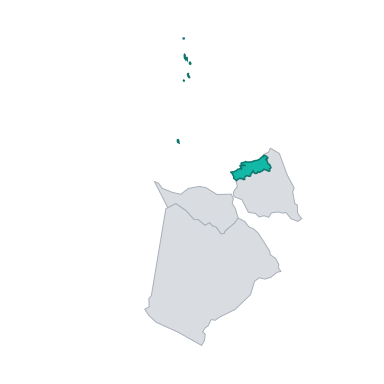 Portugal shown with its bordering countries, rotated 63°
{"feature_id": "PRT", "entity_name": "Portugal", "entity_type": "country or territory", "adm_level": 0, "iso_a3": "PRT", "parent_name": "Europe", "parent_adm1": "", "projection": "robinson", "projection_center": [-13.235, 37.393], "detail": "fine", "context": "with_neighbors", "style": "filled", "palette": "teal", "viewbox_px": 384, "rotation_deg": 63, "n_neighbors": 3, "source": "natural_earth", "source_scale": "50m", "svg_char_len": 4795}
<svg xmlns="http://www.w3.org/2000/svg" viewBox="0 0 384 384"><g transform="rotate(63 192 192)"><path d="M194.9,222.8L194.9,211.6L205.4,205.9L217.3,202.6L219.7,198.7L227.3,195.7L227.4,190.0L231.1,189.3L234.0,186.4L242.4,185.1L243.5,182.1L241.8,180.5L238.7,167.6L236.1,162.7L242.1,158.4L248.9,157.1L252.8,153.9L258.9,151.6L280.1,149.6L283.4,150.7L289.2,147.7L296.1,147.6L298.8,149.4L303.1,148.9L302.1,152.9L303.8,160.3L302.7,166.6L299.0,170.9L299.9,176.8L310.0,186.4L316.2,207.1L316.0,224.7L316.8,229.6L314.4,232.8L318.6,238.5L319.0,241.8L321.5,246.1L324.6,244.7L330.0,248.3L333.1,253.1L310.8,267.9L291.9,283.0L282.5,286.5L275.0,287.3L274.8,282.3L267.5,278.9L265.8,275.2L194.9,222.8Z" fill="#d9dde1" stroke="#a8b0b8" stroke-width="1"/><path d="M201.7,147.8L201.2,145.2L204.3,140.2L202.0,137.9L203.7,132.9L201.0,128.3L203.7,127.6L203.9,124.0L204.9,122.9L204.8,116.9L207.6,114.8L205.8,111.0L197.4,111.7L195.8,108.0L191.0,111.0L191.2,105.6L188.6,102.3L197.3,96.7L219.8,99.4L234.9,99.2L237.5,102.2L249.1,105.7L251.3,104.0L258.5,107.5L265.6,106.5L266.3,110.9L260.7,116.0L252.8,117.6L252.4,120.2L248.8,124.5L246.7,130.7L249.4,135.1L245.9,138.6L244.7,143.6L240.0,145.1L235.7,151.0L221.5,151.0L215.3,156.7L212.1,156.0L209.7,153.4L207.7,149.0L201.7,147.8Z" fill="#d9dde1" stroke="#a8b0b8" stroke-width="1"/><path d="M168.9,217.8L175.1,216.9L183.5,209.6L188.9,203.1L187.2,193.5L190.4,182.8L194.5,177.6L205.7,170.8L211.7,158.1L216.5,158.1L220.4,161.4L226.5,160.9L236.1,162.7L238.7,167.6L241.8,180.5L243.5,182.1L242.4,185.1L234.0,186.4L231.1,189.3L227.4,190.0L227.3,195.7L219.7,198.7L217.3,202.6L205.4,205.9L194.9,211.6L195.0,220.7L165.7,220.7L168.9,217.8Z" fill="#d9dde1" stroke="#a8b0b8" stroke-width="1"/><path d="M192.6,110.6L193.2,110.0L193.8,109.7L194.1,109.6L195.4,109.2L195.8,109.1L196.1,109.1L196.2,109.3L196.4,109.6L196.6,109.8L196.6,110.0L196.1,110.7L196.1,110.9L196.4,111.4L196.4,111.5L196.5,111.6L196.9,111.5L197.5,111.2L198.0,111.0L199.4,111.0L199.7,111.1L199.9,111.2L200.5,111.4L201.2,111.4L202.0,111.2L202.4,110.9L202.5,110.7L202.6,110.3L202.8,110.3L203.1,110.4L203.5,110.5L204.5,110.5L204.7,110.4L205.1,110.4L205.5,110.6L206.1,110.6L206.3,110.8L206.5,111.1L206.5,111.7L206.5,112.4L206.6,112.6L207.0,112.7L207.6,112.7L208.1,112.8L208.5,113.2L208.6,113.5L208.5,113.8L208.2,114.3L207.5,114.9L206.5,115.4L205.8,116.1L205.3,116.9L204.6,117.3L204.4,117.5L204.8,118.7L205.0,119.5L205.1,120.4L205.1,120.7L205.0,121.7L205.0,122.0L205.0,122.3L205.2,122.5L205.2,122.8L204.9,123.1L204.4,123.5L204.0,123.8L203.9,124.1L203.9,124.3L204.6,125.0L204.8,125.2L204.7,125.9L204.3,127.0L203.9,127.6L203.4,127.9L201.3,127.9L200.8,128.0L201.4,129.0L201.9,129.4L202.1,129.5L202.3,130.5L203.2,132.1L204.0,132.3L204.3,132.7L204.3,133.2L204.0,133.8L203.5,134.5L202.9,134.9L202.6,135.3L202.5,135.8L202.4,136.5L202.3,137.0L202.2,137.3L203.8,139.4L204.6,139.3L204.6,139.9L204.3,140.5L204.0,140.6L203.3,140.8L202.6,141.5L202.1,142.5L201.7,142.9L201.3,144.0L201.4,144.5L201.6,145.2L202.0,147.2L201.5,147.2L199.3,148.5L198.7,148.5L197.4,147.9L195.2,147.8L194.4,147.6L193.5,148.0L192.8,148.0L192.3,148.4L191.9,148.3L192.3,147.3L193.0,145.2L193.0,144.0L193.1,142.9L192.9,141.8L192.5,141.1L193.0,139.4L192.9,138.5L192.5,137.4L193.8,137.6L193.4,137.1L193.0,136.8L192.6,136.9L192.2,136.9L191.1,137.3L190.5,137.4L190.4,137.4L190.4,136.7L190.1,135.8L190.6,135.5L191.1,135.5L191.5,135.1L191.8,134.6L191.7,133.9L192.0,133.1L193.0,132.5L192.5,132.6L191.9,133.0L191.1,134.4L190.8,135.1L190.1,135.3L189.4,135.4L189.1,135.4L188.7,135.2L188.6,134.7L188.7,134.2L188.9,133.4L189.0,132.3L189.4,131.2L189.4,130.9L189.2,130.5L189.6,130.1L190.0,129.8L190.6,128.9L191.5,126.8L192.5,124.5L192.4,124.2L192.2,124.0L192.3,123.4L192.9,120.8L193.1,120.4L193.4,119.7L193.4,118.4L193.5,117.5L193.5,117.1L193.4,116.6L193.0,115.6L192.5,113.5L192.5,112.8L192.8,112.4L192.2,112.4L192.0,111.9L192.0,111.4L192.6,110.6ZM85.9,142.1L86.3,142.1L88.4,142.0L88.9,142.1L88.8,142.6L88.4,142.9L87.2,143.0L85.4,142.7L84.7,142.2L84.7,141.8L84.7,141.6L85.1,141.5L85.9,142.1ZM139.2,180.4L140.1,180.8L140.9,180.6L141.9,181.2L142.4,181.3L141.9,181.7L141.5,182.1L140.3,182.0L139.3,181.6L138.9,181.2L138.9,180.9L139.2,180.4ZM70.3,137.3L70.8,137.6L70.0,137.7L69.7,137.9L69.1,137.6L68.3,137.7L67.9,137.3L67.8,136.8L68.0,136.6L68.7,136.6L70.3,137.3ZM77.2,135.9L75.7,135.7L75.4,135.4L75.3,134.9L75.5,134.7L76.1,134.6L76.9,134.7L77.4,135.1L77.4,135.6L77.2,135.9ZM72.7,136.5L72.4,136.6L70.7,136.0L70.1,135.8L69.4,135.1L71.5,135.9L72.7,136.5ZM51.8,130.0L51.5,130.3L51.1,130.2L50.9,130.1L51.1,129.3L51.5,129.1L51.9,129.4L51.8,130.0ZM67.2,136.8L66.5,136.8L66.0,136.2L66.9,135.9L67.2,136.1L67.3,136.3L67.4,136.6L67.2,136.8ZM89.6,148.8L89.5,149.0L89.2,148.9L88.7,149.0L88.5,148.6L88.7,148.4L89.2,148.3L89.5,148.5L89.6,148.8Z" fill="#14b8a6" stroke="#0f766e" stroke-width="1.5"/></g></svg>